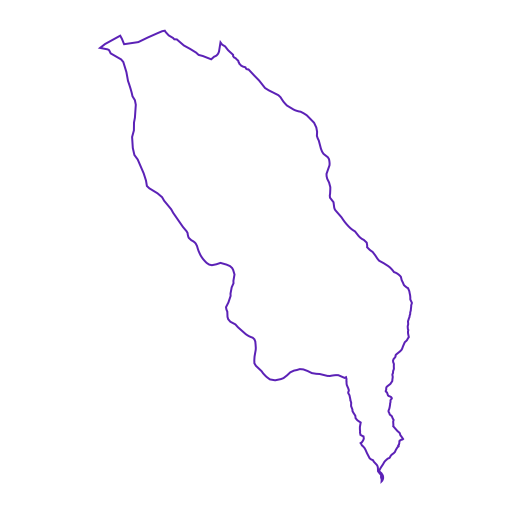 Eftimie Murgu, Caras-Severin, Romania
{"feature_id": "2599482B78671432327822", "entity_name": "Eftimie Murgu", "entity_type": "district", "adm_level": 2, "iso_a3": "ROU", "parent_name": "Romania", "parent_adm1": "Caras-Severin", "projection": "albers", "projection_center": [22.178, 44.83], "detail": "fine", "context": "isolated", "style": "outline", "palette": "violet", "viewbox_px": 512, "rotation_deg": 0, "n_neighbors": 0, "source": "geoboundaries", "source_scale": "gbopen_adm2", "svg_char_len": 6057}
<svg xmlns="http://www.w3.org/2000/svg" viewBox="0 0 512 512"><path d="M214.1,56.7L211.2,59.3L202.8,56.0L198.6,54.9L196.1,52.6L190.1,48.9L183.9,45.5L176.8,39.4L174.3,39.3L173.1,38.0L168.7,35.4L165.6,32.0L164.8,30.7L162.2,31.2L157.5,33.2L147.8,37.5L138.3,42.1L124.1,44.2L121.9,38.8L120.2,35.7L105.1,44.0L100.1,47.9L107.7,49.4L109.1,50.2L110.7,53.4L121.1,59.4L123.3,62.0L126.4,72.1L128.0,80.9L129.3,84.7L130.5,88.5L131.6,92.4L132.5,96.3L134.9,100.2L135.8,104.8L134.9,117.8L134.0,122.5L133.9,130.4L132.1,137.0L132.8,148.0L134.4,155.0L137.7,159.5L143.7,173.4L146.0,180.6L146.9,186.0L149.3,188.3L157.5,193.3L162.1,197.2L164.1,200.7L171.2,209.3L173.2,212.9L182.9,226.9L186.6,231.3L187.6,233.1L187.7,234.3L188.0,235.6L188.3,236.8L188.8,237.9L191.4,240.3L192.6,240.9L193.8,241.7L194.8,242.5L195.7,243.5L197.0,246.0L197.7,248.4L198.5,250.8L199.5,253.1L200.6,255.4L201.8,257.3L203.1,259.1L204.5,260.7L206.0,262.3L206.9,263.1L209.2,264.6L211.9,265.2L216.3,264.3L220.5,262.9L226.5,264.6L230.0,266.1L232.1,268.0L233.1,269.8L234.5,274.5L233.4,280.9L233.5,283.3L231.7,287.3L230.5,293.6L230.6,295.9L228.4,302.5L226.0,307.2L226.2,308.3L226.4,309.4L226.8,310.5L227.3,311.6L227.5,316.9L228.2,319.2L230.3,321.7L235.4,324.4L238.0,327.3L245.7,334.1L247.3,335.2L249.0,336.2L250.8,337.0L252.7,337.7L254.4,339.3L255.2,341.3L255.3,341.6L255.6,344.8L255.8,348.0L255.7,349.9L254.6,356.2L254.5,357.2L254.3,360.3L254.4,363.3L255.9,365.8L261.6,371.2L263.0,373.2L263.8,374.1L265.7,376.1L266.8,377.1L269.9,379.4L275.1,380.3L280.9,379.1L283.5,378.1L287.0,375.4L290.3,372.3L294.0,370.6L296.9,370.0L299.8,369.1L303.3,369.4L307.6,371.0L311.9,373.1L316.2,373.8L319.7,374.0L327.4,375.9L329.8,376.0L331.9,375.6L334.0,375.3L336.2,375.1L338.4,375.2L344.6,377.9L346.0,377.2L346.2,378.1L346.5,379.0L346.4,381.3L346.6,381.9L346.5,382.5L346.6,383.9L346.8,385.0L347.9,387.6L348.3,388.4L348.5,389.3L348.8,390.0L348.8,390.6L348.6,391.4L348.2,392.2L348.3,393.2L349.5,395.3L349.8,396.8L350.4,399.7L350.3,400.1L350.5,400.4L351.2,402.8L351.1,404.5L351.1,406.1L351.6,407.4L352.4,409.5L352.5,411.1L353.3,412.6L355.3,415.7L355.6,418.2L357.3,420.2L358.8,421.3L360.7,422.5L359.9,426.9L359.9,429.2L360.1,431.3L360.0,432.7L360.4,434.3L360.4,434.8L361.7,435.6L363.5,436.4L363.8,438.5L363.6,439.3L363.0,440.6L362.0,442.1L360.6,443.1L361.2,443.9L361.9,445.4L363.0,446.3L364.5,448.0L365.5,449.8L367.0,453.2L369.6,458.2L370.5,459.0L371.5,459.6L372.8,460.1L373.2,460.4L373.5,461.3L374.2,462.1L376.8,464.9L377.6,466.3L377.9,467.9L378.0,470.9L378.1,471.4L379.1,472.6L379.8,473.6L380.6,474.3L381.0,475.2L381.2,475.9L381.0,476.9L381.2,477.9L381.6,479.0L381.7,480.0L381.6,481.3L382.2,480.7L382.8,479.4L383.1,478.3L383.1,477.0L382.8,475.5L381.7,473.7L381.3,473.1L380.3,472.3L379.2,471.0L379.2,470.7L379.7,469.6L380.8,467.6L383.0,464.3L384.3,462.0L385.3,460.8L387.4,458.9L388.0,458.5L389.1,458.1L389.7,457.7L390.7,455.8L391.3,455.1L391.8,454.6L393.7,453.2L394.9,452.0L395.8,450.0L396.8,448.3L397.6,447.1L398.6,446.4L398.6,446.1L398.2,445.5L398.4,445.2L399.0,444.6L399.0,444.1L399.3,443.2L399.4,441.3L399.6,440.7L399.8,440.5L400.4,440.4L401.0,439.8L402.1,439.6L402.8,439.3L403.1,439.0L401.2,436.2L400.5,435.5L399.8,433.3L399.5,432.8L397.4,431.0L393.2,426.2L393.3,425.9L393.4,425.3L393.2,422.1L393.2,421.4L393.5,420.5L393.6,419.9L393.2,419.3L392.4,417.7L392.0,416.6L391.8,416.2L390.9,415.4L389.8,414.6L389.3,413.1L388.6,411.8L388.5,411.2L388.6,410.5L389.3,408.7L389.7,406.9L390.1,404.4L390.1,403.6L390.5,402.0L390.5,400.9L390.5,400.4L390.8,399.6L391.6,398.8L391.8,398.5L391.8,398.3L391.6,397.7L391.1,397.1L390.3,396.6L388.7,396.0L388.2,395.6L388.0,395.4L387.0,392.5L386.7,392.2L386.0,391.7L385.8,391.5L385.7,391.2L385.8,390.7L386.2,389.7L386.2,389.3L386.2,388.2L386.4,387.3L386.9,386.7L387.3,386.3L390.4,383.9L390.9,383.1L392.2,381.2L392.3,380.7L392.4,379.5L392.7,377.4L392.7,376.6L392.4,375.0L392.4,374.4L393.0,373.0L393.1,371.3L393.3,370.5L393.7,369.6L393.9,368.6L393.8,366.1L393.9,364.1L393.7,363.4L393.2,362.2L393.1,361.3L393.0,360.9L393.1,360.4L393.6,359.0L394.6,357.9L395.3,357.0L395.5,356.5L395.6,355.4L395.8,354.9L396.5,354.2L400.0,351.4L401.4,350.0L402.1,348.8L403.0,346.3L404.7,342.4L405.2,341.8L406.2,341.0L407.0,340.1L407.8,338.6L408.8,337.1L408.1,333.7L408.0,332.6L408.0,331.5L408.3,330.0L408.0,329.5L407.8,328.3L407.7,326.1L407.9,325.5L408.2,324.1L408.1,322.8L408.0,321.5L408.0,321.2L408.7,319.2L408.8,318.6L409.5,317.0L409.6,315.8L410.2,314.0L410.2,312.6L410.8,310.3L410.9,309.0L411.2,306.4L411.2,305.3L411.9,303.0L411.8,302.6L410.6,300.1L410.3,299.3L410.3,297.1L410.1,295.3L409.6,292.9L409.4,291.7L409.1,290.6L408.5,289.4L408.1,288.2L406.9,287.6L405.9,286.8L404.9,286.0L403.9,285.0L402.9,282.6L401.7,280.2L400.9,276.9L400.2,276.0L398.8,274.7L397.3,273.6L395.7,272.7L394.0,272.1L392.7,270.4L391.3,268.8L389.8,267.3L388.1,266.0L383.7,263.2L379.1,260.7L377.5,258.8L375.2,255.3L372.6,251.9L371.1,250.9L369.7,249.8L368.4,248.5L367.1,247.2L367.2,246.0L367.1,244.9L366.9,243.7L366.7,242.6L363.8,239.9L361.9,238.9L360.2,237.6L358.7,236.1L355.0,231.4L353.2,230.3L351.5,229.1L350.0,227.8L348.4,226.2L346.5,224.1L344.7,221.9L343.1,219.7L341.5,217.3L335.5,210.4L335.0,209.7L334.5,208.6L334.2,207.5L333.5,202.2L330.0,197.7L329.8,195.6L330.1,193.5L330.2,191.4L330.3,189.2L330.3,187.1L329.1,182.6L327.2,178.7L326.6,176.2L326.5,173.9L329.5,165.3L329.6,163.8L329.5,162.2L329.3,160.7L329.0,159.2L327.9,157.3L324.2,154.4L323.5,153.8L322.6,152.5L321.9,151.2L320.9,148.6L318.8,140.6L317.7,138.3L316.9,135.9L317.1,131.8L316.3,127.5L314.1,122.8L307.0,115.5L306.2,114.9L303.5,113.2L300.6,111.7L298.8,111.4L297.0,110.9L295.2,110.3L293.5,109.5L286.9,105.5L285.1,103.6L283.4,101.6L281.9,99.4L280.5,97.2L278.4,95.2L268.7,90.3L265.0,88.0L259.1,80.5L254.3,75.6L248.5,69.4L247.6,69.4L247.1,69.3L246.0,68.6L245.5,67.4L244.9,67.1L243.2,66.7L241.1,65.6L240.1,64.4L239.3,63.7L239.0,62.6L238.4,61.8L238.4,61.1L238.1,60.6L236.7,59.4L235.6,58.2L234.0,57.4L233.1,56.1L233.1,54.8L230.0,52.0L228.0,50.1L225.1,46.4L222.1,44.6L220.5,42.4L219.0,51.6L218.1,53.7L217.3,54.7L216.4,55.6L215.3,56.2L214.1,56.7Z" fill="none" stroke="#5b21b6" stroke-width="2"/></svg>